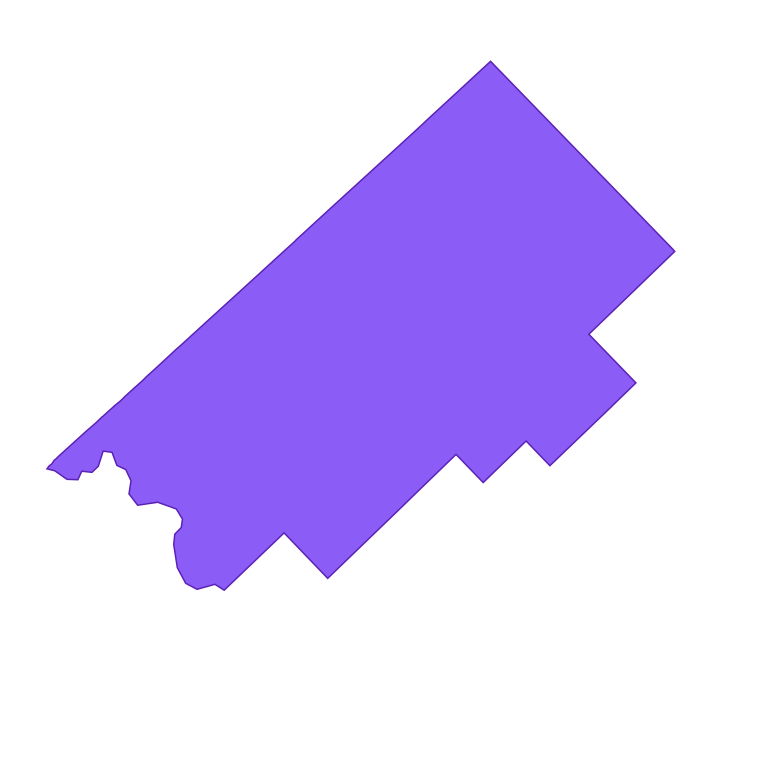 Le Flore, Oklahoma, United States of America (Natural Earth projection), rotated 226°
{"feature_id": "52423323B59385747750724", "entity_name": "Le Flore", "entity_type": "district", "adm_level": 2, "iso_a3": "USA", "parent_name": "United States of America", "parent_adm1": "Oklahoma", "projection": "natural_earth1", "projection_center": [-94.576, 34.946], "detail": "fine", "context": "isolated", "style": "filled", "palette": "violet", "viewbox_px": 768, "rotation_deg": 226, "n_neighbors": 0, "source": "geoboundaries", "source_scale": "gbopen_adm2", "svg_char_len": 1158}
<svg xmlns="http://www.w3.org/2000/svg" viewBox="0 0 768 768"><g transform="rotate(226 384 384)"><path d="M277.4,685.2L280.1,685.4L542.1,684.8L542.7,658.8L542.7,657.1L544.1,597.4L544.1,591.9L545.0,557.3L545.7,533.0L547.6,465.4L548.1,446.3L548.1,444.1L548.2,442.3L548.4,432.7L548.7,422.3L548.7,419.8L548.6,418.6L549.4,392.5L550.2,362.2L551.9,304.4L553.0,265.3L553.3,259.0L553.8,235.3L553.9,231.5L553.9,229.6L554.3,219.1L554.2,214.7L554.2,212.1L554.5,204.4L554.6,202.7L555.0,189.1L554.9,183.4L555.0,181.4L555.5,176.0L556.0,161.4L556.0,161.1L556.0,159.4L556.2,158.3L556.2,150.4L556.3,147.6L556.9,137.3L558.1,98.7L558.0,95.6L558.3,94.1L557.3,89.5L557.7,86.4L557.1,82.6L550.3,86.9L535.7,89.7L527.8,97.3L531.2,106.0L523.3,112.6L523.3,121.4L530.8,135.3L523.8,140.9L511.0,135.3L501.8,138.8L490.1,134.8L482.1,124.2L467.9,122.6L456.2,139.0L438.4,147.8L426.9,145.2L421.6,138.5L421.3,129.2L414.7,121.3L395.4,107.7L378.4,102.9L366.2,106.9L357.4,123.2L346.7,125.8L346.3,208.7L283.3,208.5L283.2,307.4L283.3,338.0L283.3,386.9L244.2,386.9L244.3,446.6L210.0,446.6L209.7,526.1L209.8,566.0L277.5,565.9L277.4,685.2Z" fill="#8b5cf6" stroke="#5b21b6" stroke-width="1.5"/></g></svg>